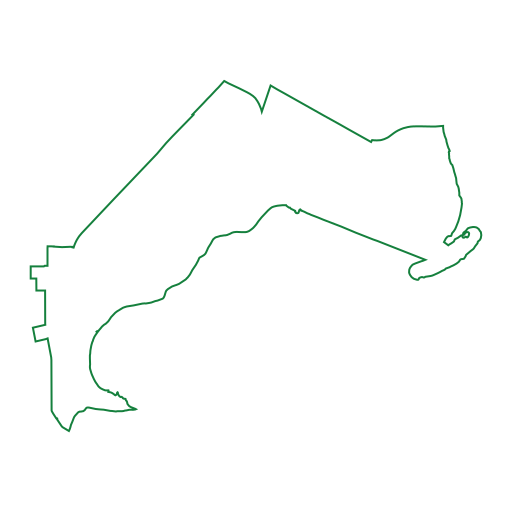 Perth, Western Australia, Australia
{"feature_id": "25037944B64781294564969", "entity_name": "Perth", "entity_type": "district", "adm_level": 2, "iso_a3": "AUS", "parent_name": "Australia", "parent_adm1": "Western Australia", "projection": "natural_earth1", "projection_center": [115.852, -31.966], "detail": "fine", "context": "isolated", "style": "outline", "palette": "green", "viewbox_px": 512, "rotation_deg": 0, "n_neighbors": 0, "source": "geoboundaries", "source_scale": "gbopen_adm2", "svg_char_len": 5995}
<svg xmlns="http://www.w3.org/2000/svg" viewBox="0 0 512 512"><path d="M210.4,95.9L207.3,99.0L203.5,103.1L192.5,114.5L193.4,114.9L172.5,136.3L166.1,143.1L157.1,153.7L113.1,199.9L81.7,233.2L79.2,236.2L77.8,238.3L76.5,240.5L75.4,242.8L74.4,245.2L73.6,247.6L72.7,247.4L72.9,246.9L70.0,246.8L63.1,247.1L61.4,247.1L53.7,246.6L53.7,246.4L47.6,246.3L47.5,248.1L47.5,265.8L44.6,265.8L43.9,266.4L30.7,266.4L30.7,278.5L36.3,278.5L36.4,290.5L45.1,290.5L45.2,323.9L45.3,324.8L32.9,327.7L35.6,341.5L45.8,339.1L47.6,338.4L51.2,357.4L51.4,360.1L51.6,410.5L51.9,411.4L53.3,413.8L56.2,418.3L56.8,418.2L57.2,418.5L57.3,419.0L57.1,419.4L61.7,426.3L62.6,427.2L68.9,431.0L69.6,429.5L70.3,427.5L71.0,424.8L72.3,421.8L73.7,418.1L74.3,416.8L75.1,415.7L78.1,412.4L78.5,412.1L79.8,411.6L80.9,411.6L83.4,411.1L84.9,409.9L85.9,408.4L86.5,407.9L87.0,407.6L88.0,407.5L89.1,407.6L95.7,409.0L99.5,409.4L103.7,409.7L110.3,410.9L112.1,411.0L116.0,411.5L116.7,411.3L117.5,411.2L122.0,411.2L123.6,411.0L124.8,410.6L126.5,410.4L129.2,409.8L130.6,409.7L133.0,409.8L135.2,409.5L135.9,409.2L135.2,408.8L131.1,407.2L130.3,406.8L129.0,405.9L128.6,405.4L127.5,404.0L127.2,402.9L127.2,402.5L126.8,401.3L126.7,401.1L126.3,400.8L125.9,400.3L125.5,398.9L123.5,398.6L122.9,398.2L122.6,397.6L121.7,396.9L121.2,396.9L120.6,397.0L119.7,396.5L119.0,395.7L118.3,394.6L117.8,392.8L117.8,392.5L117.5,392.3L117.1,392.8L116.9,393.7L116.4,394.7L115.4,395.3L114.8,395.0L113.6,394.0L112.1,393.0L110.8,392.4L108.3,391.9L108.5,390.8L108.5,390.4L108.3,390.3L107.7,390.4L106.0,390.4L105.0,390.3L102.6,389.3L100.5,388.2L99.3,387.2L98.4,386.3L96.6,383.6L96.2,383.1L95.1,381.4L94.5,380.2L93.9,379.1L92.1,375.1L91.4,373.3L90.1,368.9L89.9,367.1L90.0,365.1L90.1,364.5L89.9,358.3L89.9,355.4L90.2,353.5L90.4,350.5L91.3,345.5L91.8,343.7L92.3,342.1L92.9,340.8L93.2,339.6L94.4,336.8L95.4,335.2L97.2,332.6L96.5,331.7L97.1,331.2L97.7,331.9L98.8,330.5L99.3,329.8L100.4,328.6L102.0,326.6L104.0,324.8L105.8,323.7L107.9,321.7L108.5,321.0L111.2,317.0L115.2,312.8L117.0,311.4L122.9,307.8L124.2,307.3L126.7,306.5L133.7,305.4L142.3,303.6L144.5,303.4L145.8,303.5L149.5,302.9L151.4,302.5L155.2,301.1L157.5,300.6L162.6,298.7L163.3,298.1L163.9,297.2L164.6,295.6L165.1,293.9L165.7,291.9L166.3,290.6L167.9,289.1L172.0,286.5L173.9,285.8L175.3,285.3L176.3,285.0L179.0,283.9L185.5,279.6L186.3,278.9L186.8,278.2L187.4,277.8L189.6,275.0L190.4,273.7L192.3,270.1L195.9,264.8L198.1,260.7L199.2,258.1L199.6,257.6L202.8,255.8L204.2,254.9L205.4,253.7L206.0,252.6L207.6,249.1L207.8,248.5L208.7,246.9L210.8,243.6L212.3,240.8L213.2,239.3L213.8,238.8L215.1,237.7L216.1,237.2L217.9,236.7L220.5,235.9L221.6,235.8L224.0,235.4L225.5,235.3L227.1,235.0L230.0,233.8L232.1,232.7L233.8,232.2L236.5,231.9L240.7,232.1L245.6,232.1L246.9,231.9L248.5,231.3L249.3,230.9L251.5,229.3L253.1,228.0L254.4,226.6L256.2,224.5L258.3,221.4L261.6,217.3L268.0,210.5L270.5,208.3L271.9,207.3L273.7,206.6L276.1,206.0L277.7,205.7L282.5,205.2L285.9,205.2L285.9,205.3L287.4,206.5L288.8,207.5L289.1,207.5L289.4,207.7L290.0,207.7L290.8,208.7L295.1,210.8L295.0,211.6L295.1,211.8L295.5,212.2L295.9,212.4L295.9,212.8L296.1,213.0L296.9,213.2L297.5,213.2L298.4,212.9L298.7,212.3L298.8,211.6L299.6,210.2L299.4,210.1L299.5,209.9L300.0,209.5L300.3,209.4L300.4,209.5L300.5,210.3L301.2,210.6L301.3,210.3L302.2,210.9L304.4,211.8L307.3,213.3L309.5,214.1L310.9,214.8L318.0,217.5L323.3,219.7L341.3,226.6L355.6,232.6L373.2,239.5L377.5,241.0L425.3,259.8L422.6,260.9L421.2,261.3L415.2,263.5L413.2,264.4L412.5,264.8L411.3,266.1L410.1,267.7L409.7,268.6L409.3,269.6L409.2,270.5L409.1,272.4L409.3,273.3L409.7,274.2L410.1,275.0L411.6,277.1L413.6,278.6L414.2,278.9L416.8,279.7L417.8,279.8L418.3,279.7L418.7,279.2L419.0,278.4L419.4,277.9L420.3,277.5L421.5,277.1L422.4,277.1L423.7,277.5L424.4,277.4L425.3,276.8L430.6,276.0L432.2,275.6L433.7,275.0L437.7,273.2L439.9,272.1L442.2,270.8L443.9,270.1L444.8,269.6L445.9,268.5L449.6,267.2L450.6,266.6L453.5,265.3L456.5,263.6L458.7,261.9L459.6,260.7L460.1,259.8L460.6,259.4L461.5,259.1L462.9,259.0L464.0,258.7L465.6,256.3L466.0,255.1L466.3,254.7L470.8,250.9L472.7,249.5L473.7,248.6L475.2,246.2L477.5,243.3L477.8,241.8L478.2,241.3L479.5,240.3L480.0,239.7L480.8,238.1L481.3,235.1L480.9,232.4L480.9,232.2L479.6,230.5L478.8,229.1L477.1,227.8L476.3,227.4L474.8,227.1L473.0,227.0L470.2,227.5L468.1,228.2L467.4,228.9L465.8,230.9L463.9,232.3L463.3,233.0L463.1,233.8L463.2,234.4L463.6,234.7L463.8,234.7L464.1,234.7L465.2,233.0L466.4,232.3L467.3,232.1L467.9,232.1L468.2,232.2L468.8,232.7L469.1,233.3L469.1,233.7L468.9,235.0L468.6,235.8L467.8,237.1L467.3,237.4L466.7,237.3L466.4,236.9L465.7,236.7L464.2,237.6L463.6,237.7L463.0,237.6L462.8,237.4L462.5,236.9L462.5,236.2L462.7,235.7L462.6,235.4L462.0,235.3L461.2,235.4L457.9,237.8L455.1,239.2L454.7,239.6L454.0,241.3L453.8,241.6L451.2,243.4L449.3,244.5L448.3,245.3L444.0,242.1L445.7,238.8L446.2,238.1L447.3,236.8L448.5,236.1L449.8,236.1L451.1,235.9L451.3,235.6L451.9,233.7L452.3,232.9L453.8,231.2L455.2,229.0L456.0,227.2L458.3,221.4L460.1,215.2L460.4,213.6L461.5,207.6L462.0,203.5L461.8,202.8L461.8,201.5L461.4,198.7L460.9,197.7L459.3,195.5L459.3,192.7L459.2,192.1L458.7,188.5L458.2,186.7L456.7,183.8L456.4,181.2L456.1,178.1L455.5,176.2L455.0,174.3L454.3,172.2L453.4,168.4L452.3,165.0L451.3,164.1L450.6,162.9L449.8,160.5L449.6,159.3L449.2,158.4L449.2,156.3L449.0,154.4L449.1,153.1L448.8,152.6L448.8,152.3L449.0,151.4L449.7,151.0L449.2,149.5L448.4,148.0L447.5,145.3L446.5,141.7L446.2,139.6L444.7,135.9L444.3,134.2L443.6,131.9L443.1,127.7L443.1,125.9L435.8,126.5L430.1,126.5L419.1,126.3L413.5,126.4L410.7,126.6L407.7,127.1L403.4,128.2L400.8,129.2L398.0,130.5L395.9,131.7L394.1,132.9L389.0,136.7L387.6,137.6L384.3,139.1L381.7,139.9L380.3,140.2L376.8,140.4L374.1,140.3L372.1,140.1L371.1,142.0L348.2,129.2L341.0,125.1L324.4,115.9L284.6,93.5L277.2,89.4L270.6,85.5L261.8,111.7L261.1,109.0L260.1,106.6L259.0,104.0L257.5,101.3L255.3,98.1L253.0,96.0L249.8,93.8L246.9,92.2L239.1,88.3L228.6,83.4L224.2,81.0L218.5,87.4L216.2,89.7L210.4,95.9Z" fill="none" stroke="#15803d" stroke-width="2"/></svg>